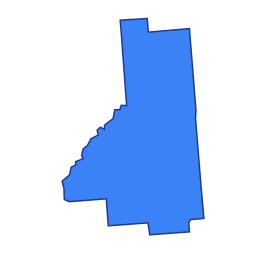 Wilcox, Alabama, United States of America, rotated 266°
{"feature_id": "52423323B73777550823735", "entity_name": "Wilcox", "entity_type": "district", "adm_level": 2, "iso_a3": "USA", "parent_name": "United States of America", "parent_adm1": "Alabama", "projection": "albers", "projection_center": [-87.327, 32.048], "detail": "fine", "context": "isolated", "style": "filled", "palette": "blue", "viewbox_px": 256, "rotation_deg": 266, "n_neighbors": 0, "source": "geoboundaries", "source_scale": "gbopen_adm2", "svg_char_len": 630}
<svg xmlns="http://www.w3.org/2000/svg" viewBox="0 0 256 256"><g transform="rotate(266 128 128)"><path d="M222.9,196.2L222.2,155.0L235.9,154.8L236.1,127.7L222.6,127.9L150.5,128.2L151.1,122.8L146.8,121.1L147.2,116.1L138.4,113.8L132.5,104.8L128.3,104.3L130.7,100.5L127.8,97.0L123.1,97.8L119.9,90.4L113.2,86.2L110.3,81.8L103.8,79.8L100.6,81.2L98.1,73.4L94.4,73.0L92.9,68.6L85.3,66.4L79.5,58.6L72.2,59.9L61.1,59.5L58.6,64.2L58.9,101.4L31.8,101.5L32.0,141.3L19.9,142.3L20.0,145.7L20.1,182.1L29.1,182.0L32.3,183.8L32.5,197.4L64.3,196.8L132.8,196.0L140.9,197.0L222.9,196.2Z" fill="#3b82f6" stroke="#1e3a8a" stroke-width="1.5"/></g></svg>